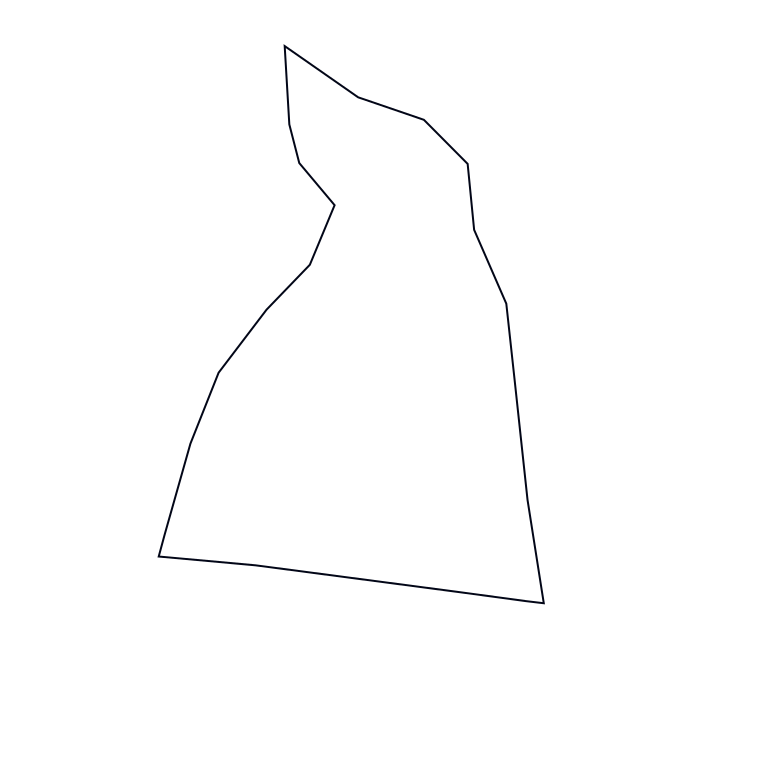 outline of Nyala Janoub, Southern Darfur, Sudan, rotated 297°
{"feature_id": "16777658B27261158380636", "entity_name": "Nyala Janoub", "entity_type": "district", "adm_level": 2, "iso_a3": "SDN", "parent_name": "Sudan", "parent_adm1": "Southern Darfur", "projection": "equal_earth", "projection_center": [24.841, 12.018], "detail": "fine", "context": "isolated", "style": "outline", "palette": "ink", "viewbox_px": 768, "rotation_deg": 297, "n_neighbors": 0, "source": "geoboundaries", "source_scale": "gbopen_adm2", "svg_char_len": 430}
<svg xmlns="http://www.w3.org/2000/svg" viewBox="0 0 768 768"><g transform="rotate(297 384 384)"><path d="M448.8,497.3L511.1,456.5L562.3,394.3L618.1,358.6L637.5,299.6L627.7,230.8L640.0,142.1L572.3,181.8L542.4,208.2L520.9,258.8L456.6,263.8L396.9,245.6L319.0,231.5L243.0,238.6L150.4,256.9L128.0,261.6L164.1,351.8L233.0,546.3L255.0,609.1L261.2,625.9L345.9,564.5L448.8,497.3Z" fill="none" stroke="#020617" stroke-width="2"/></g></svg>